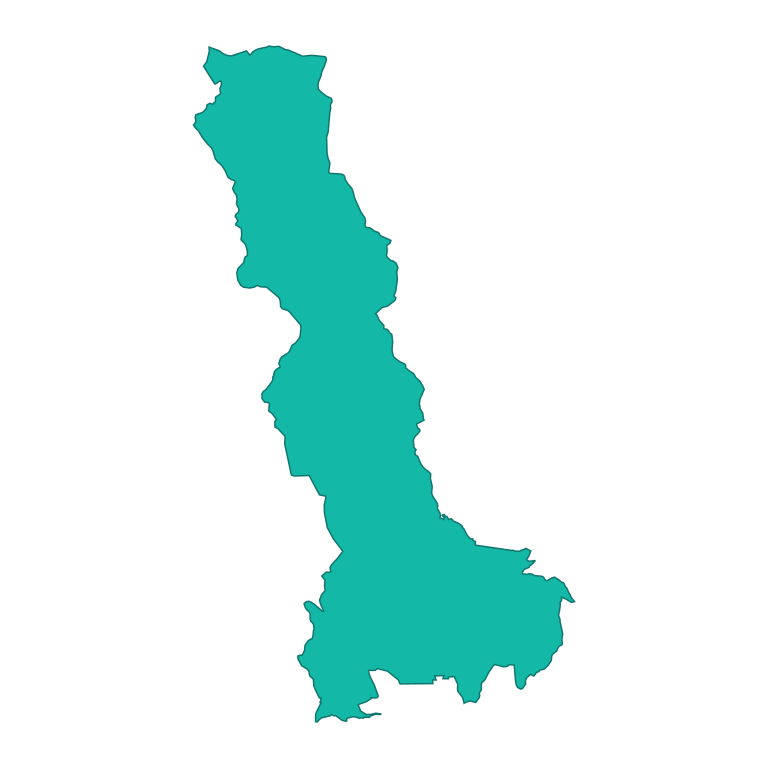 outline of Aninoasa, Arges, Romania
{"feature_id": "2599482B31273481879350", "entity_name": "Aninoasa", "entity_type": "district", "adm_level": 2, "iso_a3": "ROU", "parent_name": "Romania", "parent_adm1": "Arges", "projection": "mercator", "projection_center": [24.903, 45.245], "detail": "fine", "context": "isolated", "style": "filled", "palette": "teal", "viewbox_px": 768, "rotation_deg": 0, "n_neighbors": 0, "source": "geoboundaries", "source_scale": "gbopen_adm2", "svg_char_len": 6088}
<svg xmlns="http://www.w3.org/2000/svg" viewBox="0 0 768 768"><path d="M556.6,651.1L558.3,647.2L559.6,645.9L562.0,644.8L562.3,643.9L561.9,638.8L562.7,634.0L560.0,621.3L560.0,619.2L558.5,615.4L559.6,610.1L560.3,604.1L560.0,603.1L561.6,600.1L561.6,597.2L566.1,599.2L571.5,602.4L574.5,601.6L570.9,597.0L570.1,594.6L569.1,593.4L566.8,588.2L564.8,585.8L564.5,584.2L563.4,582.8L560.6,581.7L559.9,580.6L554.8,577.2L551.9,577.9L547.2,580.7L545.4,580.2L543.5,577.2L541.6,576.2L534.4,575.6L532.0,574.1L529.1,573.7L526.9,574.4L522.5,573.8L522.6,571.9L524.2,569.3L529.0,567.4L529.8,565.7L531.7,564.6L535.0,561.0L534.6,560.6L529.2,561.3L527.3,560.3L526.6,559.1L528.6,556.5L530.8,551.0L525.6,548.3L524.7,549.3L521.0,550.3L519.7,551.3L514.3,551.0L512.9,550.2L511.4,550.4L475.2,545.1L475.4,541.5L472.9,540.4L472.9,539.0L470.1,538.7L466.8,534.7L464.0,529.0L462.4,527.4L461.9,525.8L457.7,522.9L453.6,521.3L451.9,519.2L450.9,518.7L448.6,519.5L447.0,516.6L445.3,516.3L444.5,514.6L442.9,514.8L442.3,515.7L444.5,518.0L443.7,519.6L442.0,518.5L439.9,518.1L440.6,514.7L437.3,508.1L437.7,506.1L437.3,503.3L432.8,496.3L431.6,493.1L432.2,486.6L430.4,478.4L430.7,474.2L429.6,472.5L424.2,468.3L422.5,466.4L420.4,462.9L417.8,456.6L415.1,454.5L415.0,451.4L416.1,449.6L414.6,448.3L413.7,446.6L413.9,445.1L413.3,441.3L413.5,439.5L415.4,435.9L417.1,434.6L419.9,431.1L419.6,429.3L418.0,428.3L416.7,425.2L416.8,423.9L424.1,420.1L423.5,419.1L422.7,413.0L420.0,408.6L419.9,405.9L419.3,404.3L419.9,399.3L424.2,389.4L422.8,386.1L419.7,381.0L415.9,377.6L413.7,373.7L408.8,370.5L405.6,367.6L405.7,365.5L404.9,364.1L399.7,361.7L394.0,357.3L393.0,355.0L392.0,350.0L392.7,341.6L391.8,334.4L389.5,332.7L388.4,330.6L387.0,329.3L383.7,328.8L383.9,325.4L379.4,320.6L376.9,315.0L375.4,313.9L382.0,307.6L387.8,306.0L394.8,300.5L395.9,297.8L393.8,295.9L395.6,291.9L397.4,279.6L396.7,272.0L397.9,267.6L396.2,263.4L393.2,261.0L391.1,260.7L387.2,257.3L386.5,255.9L387.2,250.1L386.6,245.9L390.1,242.9L390.9,240.4L381.3,236.1L380.1,235.3L378.6,232.6L374.4,231.1L370.5,228.1L366.0,227.3L365.0,226.0L365.5,220.7L364.7,217.7L360.9,212.0L356.6,202.6L354.3,197.2L353.6,193.5L352.1,188.9L347.3,183.1L345.1,179.2L344.6,176.3L343.7,175.1L341.6,174.1L330.8,173.4L329.3,173.1L328.6,172.1L329.9,163.1L328.1,158.4L327.1,153.8L326.6,137.2L328.2,131.6L329.8,112.7L330.7,108.1L330.4,105.7L330.8,103.6L332.0,102.2L331.8,99.5L331.3,98.4L326.2,96.0L320.7,91.7L318.3,89.0L318.0,85.5L318.3,82.5L320.8,76.4L321.8,71.8L324.4,66.0L326.0,61.2L326.4,59.5L325.8,57.2L324.9,56.7L313.7,55.5L309.9,55.4L302.8,56.3L288.5,50.1L285.3,49.6L278.9,46.3L274.4,46.8L268.7,46.1L267.2,47.0L258.3,48.9L256.2,49.8L253.0,51.7L250.0,55.3L246.5,50.9L231.1,56.0L227.0,55.4L222.9,53.5L219.3,50.8L209.1,47.1L209.3,51.3L206.8,61.6L203.5,66.2L214.6,83.8L215.7,83.9L219.8,81.0L221.3,81.5L221.3,85.4L219.9,88.2L220.5,93.9L215.5,97.2L215.5,101.6L213.5,103.0L213.0,104.4L210.1,103.3L207.2,104.7L206.2,108.8L202.5,112.5L195.8,114.8L195.2,117.3L195.7,120.3L195.5,122.6L193.5,124.9L195.1,127.6L198.5,130.9L202.3,137.4L207.8,144.3L211.1,147.4L212.6,149.8L215.3,158.9L217.7,161.8L221.6,165.3L225.0,170.4L228.1,177.5L231.3,179.5L234.6,180.6L235.2,182.1L232.6,188.6L234.3,192.4L236.3,195.0L237.1,199.1L236.5,204.0L239.0,209.2L238.4,212.3L236.0,214.2L235.4,215.6L235.4,217.1L236.6,218.1L237.8,221.1L235.7,224.0L235.7,224.8L241.3,228.5L241.7,234.9L241.0,239.8L244.7,243.5L245.8,245.4L247.3,251.1L247.4,254.9L247.0,255.9L245.4,256.7L244.5,258.4L243.8,262.5L238.1,268.4L236.8,272.6L237.5,278.6L238.1,280.7L240.7,285.2L243.5,287.2L249.8,288.0L253.9,287.2L257.4,285.5L261.0,286.9L265.7,287.0L267.4,287.8L279.1,297.8L280.3,301.3L280.6,306.6L282.5,308.8L287.7,310.4L289.6,312.0L300.6,324.9L301.0,328.4L299.9,337.3L295.5,343.0L292.0,345.3L289.8,350.6L288.5,352.7L281.8,356.8L280.2,359.1L279.1,362.5L279.0,364.2L280.0,366.2L280.0,367.1L276.5,369.3L274.5,371.5L273.5,375.9L272.8,377.0L272.9,378.9L272.3,381.0L266.1,389.5L263.6,391.2L261.9,393.8L262.1,398.7L264.7,402.2L268.2,402.5L269.5,403.7L269.1,405.5L268.8,411.1L272.1,413.5L276.4,419.3L274.9,421.7L275.0,427.2L277.6,428.3L285.1,436.4L284.7,443.8L291.4,475.1L294.3,476.0L309.2,475.5L319.5,494.9L326.1,496.2L324.2,505.4L324.5,513.0L327.3,527.6L333.4,538.9L342.9,551.3L337.1,558.8L331.4,565.0L330.0,567.6L330.7,571.6L328.8,572.4L326.1,572.1L321.8,576.1L325.0,580.2L324.5,585.9L325.2,590.4L321.5,594.9L319.5,600.4L320.8,604.7L323.8,611.1L322.4,611.2L314.2,604.2L309.6,601.4L307.0,601.5L304.4,603.2L304.1,604.0L305.4,607.7L306.7,609.7L309.1,611.9L310.1,613.7L310.1,619.3L310.8,621.1L313.3,623.9L314.2,628.8L313.4,630.8L313.1,635.2L312.1,638.8L310.3,639.3L308.1,640.9L305.0,645.4L304.6,650.4L302.4,654.9L298.2,655.7L297.8,657.1L298.1,659.1L301.6,665.7L307.2,669.1L309.1,671.4L309.2,673.4L309.9,676.0L313.4,679.4L313.8,685.6L315.2,689.4L319.4,698.0L321.3,698.3L320.0,702.5L321.2,702.7L316.5,711.9L315.6,714.7L315.6,721.8L317.4,721.9L319.3,719.6L321.6,717.8L329.9,716.0L331.4,714.6L334.2,715.9L335.8,715.6L342.1,720.3L346.1,721.3L346.8,720.8L346.5,718.9L347.3,718.2L352.4,716.8L355.2,716.9L359.7,718.3L360.7,717.6L363.1,718.2L363.6,718.1L364.0,717.2L369.3,717.4L370.4,716.1L375.4,714.3L380.6,714.5L380.8,714.0L375.9,713.2L370.9,714.4L366.3,714.5L360.7,711.1L358.1,704.6L366.4,701.7L371.1,698.6L371.0,697.7L375.7,698.0L377.2,697.6L378.3,696.2L374.4,685.3L370.1,676.7L368.5,671.6L368.9,670.3L375.2,670.4L377.5,668.6L387.4,671.1L398.4,679.9L399.9,683.8L400.5,683.9L432.9,683.6L432.6,680.0L436.1,680.0L434.7,676.0L443.8,675.5L443.0,678.7L448.5,678.7L448.4,677.0L454.2,676.6L457.8,684.4L457.5,687.6L457.7,691.1L462.7,697.7L464.1,703.3L465.3,702.4L470.4,700.9L475.6,702.5L479.3,697.6L479.7,695.2L479.4,693.6L479.8,692.1L481.3,690.0L481.4,683.3L484.9,679.8L488.6,672.6L492.8,666.4L494.6,664.5L503.5,666.8L507.3,666.4L509.3,664.7L514.2,665.0L515.6,681.7L516.3,684.9L517.3,687.1L520.3,689.0L521.8,688.9L522.9,688.1L525.5,684.3L525.5,680.4L526.5,678.0L530.0,674.8L531.5,674.7L533.4,675.9L534.1,675.8L536.6,672.3L538.6,671.7L540.1,670.1L544.2,669.1L548.2,665.2L551.0,661.0L551.4,659.8L551.7,656.1L552.3,654.5L556.6,651.1Z" fill="#14b8a6" stroke="#0f766e" stroke-width="1.5"/></svg>